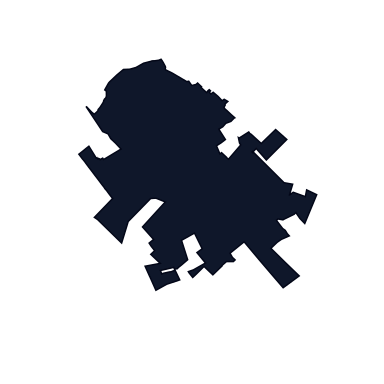 outline of Cuzamá, Yucatán, Mexico, rotated 307°
{"feature_id": "50627088B68514471367949", "entity_name": "Cuzamá", "entity_type": "district", "adm_level": 2, "iso_a3": "MEX", "parent_name": "Mexico", "parent_adm1": "Yucatán", "projection": "robinson", "projection_center": [-89.348, 20.713], "detail": "fine", "context": "isolated", "style": "filled", "palette": "ink", "viewbox_px": 384, "rotation_deg": 307, "n_neighbors": 0, "source": "geoboundaries", "source_scale": "gbopen_adm2", "svg_char_len": 3251}
<svg xmlns="http://www.w3.org/2000/svg" viewBox="0 0 384 384"><g transform="rotate(307 192 192)"><path d="M154.1,78.9L152.5,84.5L152.3,85.4L152.2,86.0L151.5,88.6L151.1,89.8L150.4,92.2L150.2,92.8L150.2,93.0L150.1,93.3L149.7,94.5L148.9,97.5L148.3,99.6L147.5,102.4L147.3,103.1L147.0,104.1L146.3,106.7L145.7,108.8L143.4,116.8L143.0,118.5L142.2,120.6L141.8,122.8L141.1,125.1L140.7,126.4L139.8,129.6L139.4,131.3L139.2,131.8L139.1,132.5L127.5,131.1L115.3,129.6L114.2,129.5L113.0,129.3L113.2,133.2L108.9,166.5L126.2,160.2L130.0,158.8L161.9,162.9L164.1,165.4L165.4,167.0L168.0,176.7L161.1,176.0L134.3,173.5L131.0,189.9L125.4,188.5L124.1,192.1L122.7,197.5L117.4,196.6L115.9,209.6L104.5,199.2L99.0,209.2L99.0,209.3L91.8,222.3L103.1,227.3L114.4,235.1L118.0,228.2L119.3,225.6L117.1,224.1L116.5,223.8L115.6,223.2L114.5,222.0L109.7,217.9L108.3,217.2L110.3,214.0L118.3,220.7L120.8,222.7L119.9,224.3L121.8,226.4L123.7,226.6L127.6,227.6L135.3,229.3L147.1,212.7L160.7,218.7L152.8,234.3L146.6,232.4L143.4,245.5L130.7,240.0L126.2,237.0L125.6,238.5L124.2,244.0L129.5,244.9L139.8,246.4L138.4,258.5L151.1,260.5L151.6,260.2L157.2,261.4L161.3,266.9L163.7,267.3L164.1,263.6L166.0,259.2L183.6,263.6L178.3,286.5L174.4,304.1L170.4,322.4L189.5,328.1L191.8,309.3L191.8,309.2L194.5,288.9L203.1,290.3L208.0,291.9L215.5,296.1L216.0,293.3L217.5,289.5L217.4,286.4L219.8,277.8L219.9,277.6L220.4,276.4L222.2,276.9L224.5,281.4L225.9,282.0L235.7,287.0L238.1,287.3L235.8,294.1L234.7,301.0L264.9,293.2L262.7,282.3L256.5,285.3L253.9,276.9L252.7,273.0L250.2,272.2L250.1,272.3L248.4,271.8L248.3,271.6L258.8,267.7L254.8,259.9L259.2,228.1L260.7,217.4L259.9,217.2L260.1,215.8L260.9,215.9L260.9,216.6L265.4,217.1L262.3,232.1L291.0,236.1L292.2,221.2L272.4,218.1L273.7,204.5L273.5,203.0L274.1,201.2L263.5,197.2L263.4,196.3L259.7,200.5L258.9,202.6L252.5,202.2L240.1,201.4L240.3,198.9L240.5,198.6L241.2,191.9L240.3,191.7L239.4,191.5L239.2,191.4L239.3,191.2L239.7,190.5L243.6,183.8L243.8,183.8L248.6,185.6L254.0,187.1L258.3,175.6L261.8,177.0L262.5,177.3L267.3,177.7L268.5,178.5L271.8,180.6L275.7,181.1L276.5,181.2L277.0,181.5L277.4,176.6L277.7,173.9L278.0,171.3L278.2,168.3L278.8,166.6L281.4,166.2L282.0,165.4L285.9,166.1L285.4,161.9L283.0,161.1L284.0,155.4L284.4,148.9L281.6,148.1L282.2,145.7L283.9,145.9L284.1,144.2L282.5,143.8L280.4,143.9L280.2,143.9L280.5,140.5L280.5,140.4L280.7,138.4L281.1,136.1L281.8,136.2L282.2,132.3L282.4,130.9L280.3,130.5L276.9,127.7L278.5,122.7L277.0,121.4L275.1,104.8L273.7,97.4L274.3,96.4L275.3,96.1L276.2,95.2L277.1,93.2L278.0,91.3L278.8,89.3L279.4,87.4L277.3,86.2L274.4,83.3L272.6,81.1L272.1,80.9L265.7,75.8L257.7,72.3L252.6,68.4L248.6,63.5L240.4,61.6L230.4,59.9L228.8,59.8L222.1,60.7L221.0,60.9L221.0,62.9L217.1,65.9L215.4,66.5L213.5,66.2L211.8,66.5L210.5,67.1L208.5,67.3L204.0,67.6L201.4,67.4L200.2,68.0L198.0,67.7L195.3,67.1L195.4,63.9L196.6,56.7L196.5,55.9L186.5,84.3L187.9,90.0L185.7,95.0L185.0,101.5L183.6,109.5L164.8,101.9L165.0,101.3L165.1,100.9L165.2,100.6L165.3,100.3L164.0,99.7L163.8,99.6L163.1,99.3L162.7,99.2L162.8,99.0L162.6,98.9L162.8,98.1L162.7,98.0L162.5,97.9L162.6,97.2L161.9,97.0L161.7,96.9L161.8,96.5L161.9,96.0L162.2,95.5L161.4,95.1L162.2,93.2L166.5,82.1L163.1,81.2L158.2,80.0L154.1,78.9Z" fill="#0f172a" stroke="#020617" stroke-width="1.5"/></g></svg>